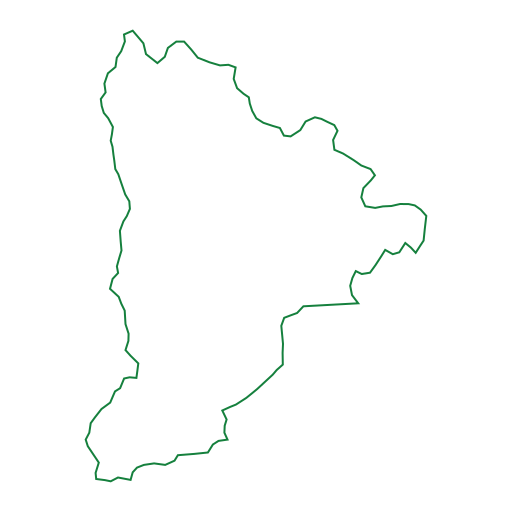 the district of Pontes Gestal, São Paulo, Brazil
{"feature_id": "56859067B2303319496016", "entity_name": "Pontes Gestal", "entity_type": "district", "adm_level": 2, "iso_a3": "BRA", "parent_name": "Brazil", "parent_adm1": "São Paulo", "projection": "albers", "projection_center": [-49.756, -20.178], "detail": "fine", "context": "isolated", "style": "outline", "palette": "green", "viewbox_px": 512, "rotation_deg": 0, "n_neighbors": 0, "source": "geoboundaries", "source_scale": "gbopen_adm2", "svg_char_len": 2096}
<svg xmlns="http://www.w3.org/2000/svg" viewBox="0 0 512 512"><path d="M358.2,303.3L352.0,295.1L350.2,285.8L352.4,278.0L355.8,271.1L361.7,274.0L370.0,272.7L375.5,265.1L381.1,256.5L385.2,249.9L392.8,254.2L399.3,252.3L405.3,243.0L410.9,247.6L415.7,252.8L420.1,245.9L423.6,240.6L424.8,228.8L426.3,215.9L420.7,209.6L414.8,205.4L408.7,204.1L400.1,204.0L391.4,206.0L382.9,206.4L375.2,207.9L365.3,206.3L361.3,197.4L363.4,188.1L370.9,180.3L374.9,175.3L370.6,169.1L361.3,165.5L353.6,160.1L343.0,153.5L334.4,149.8L333.1,140.0L337.5,130.8L334.3,125.1L327.2,121.8L321.4,118.9L314.9,117.3L305.6,121.5L300.3,130.1L290.6,136.4L283.9,135.6L279.9,128.0L272.7,125.9L263.4,122.8L256.3,118.3L252.2,110.9L249.8,103.6L248.8,97.3L243.6,93.8L237.1,88.2L233.7,78.9L235.6,67.4L228.4,64.8L220.0,65.4L209.5,62.3L197.8,57.7L191.2,49.5L184.1,41.6L176.3,41.6L167.9,47.9L164.8,56.8L157.4,63.1L146.0,54.1L143.4,43.3L132.7,30.7L124.0,34.5L124.9,41.4L121.2,51.2L116.8,57.7L115.5,67.0L107.9,73.3L104.4,83.6L105.6,92.4L100.8,99.0L101.7,106.0L103.8,112.9L108.2,118.2L112.9,127.0L111.9,134.4L110.7,140.7L112.5,146.8L113.4,154.4L114.3,160.7L115.3,169.1L118.3,174.2L121.2,182.8L125.2,194.4L129.3,201.3L129.9,208.9L126.8,216.1L123.4,221.4L119.9,230.8L120.7,241.6L121.5,250.5L119.3,257.8L116.9,266.4L118.1,273.0L112.6,278.9L110.0,288.8L118.7,296.8L121.3,303.7L124.7,310.6L125.5,324.1L128.6,333.7L128.4,340.9L125.5,350.1L130.6,355.8L138.3,363.4L137.3,371.3L136.4,377.9L129.6,377.3L124.1,378.5L120.1,388.2L115.0,391.4L110.2,402.6L101.5,409.0L95.0,417.3L90.7,423.2L89.3,432.7L85.7,439.6L87.8,446.2L98.8,462.6L95.6,472.9L96.2,479.0L104.9,480.1L110.7,481.3L118.0,477.5L130.6,479.9L132.7,472.3L137.0,467.6L143.9,464.9L154.1,463.4L165.2,464.9L174.5,460.7L177.9,455.2L194.3,453.9L207.9,452.5L212.9,444.5L218.5,440.9L227.5,439.6L224.4,432.7L224.7,425.7L226.6,419.5L222.3,410.5L230.2,406.9L235.9,404.6L246.3,397.9L252.6,392.8L257.1,389.1L264.9,381.9L272.7,374.7L276.7,370.0L282.8,364.6L282.6,352.8L283.0,343.9L282.2,335.3L281.3,325.8L284.2,317.8L291.3,315.1L297.1,313.0L303.4,306.3L358.2,303.3Z" fill="none" stroke="#15803d" stroke-width="2"/></svg>